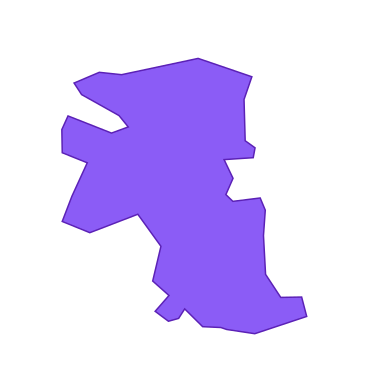 Shakhrixan, Andijon, Uzbekistan (Natural Earth projection), rotated 194°
{"feature_id": "79887680B98657239808063", "entity_name": "Shakhrixan", "entity_type": "district", "adm_level": 2, "iso_a3": "UZB", "parent_name": "Uzbekistan", "parent_adm1": "Andijon", "projection": "natural_earth1", "projection_center": [72.04, 40.728], "detail": "fine", "context": "isolated", "style": "filled", "palette": "violet", "viewbox_px": 384, "rotation_deg": 194, "n_neighbors": 0, "source": "geoboundaries", "source_scale": "gbopen_adm2", "svg_char_len": 684}
<svg xmlns="http://www.w3.org/2000/svg" viewBox="0 0 384 384"><g transform="rotate(194 192 192)"><path d="M218.4,323.1L288.7,288.8L310.9,285.7L332.8,269.2L322.7,259.8L281.3,248.5L269.6,239.7L284.4,229.7L330.7,235.8L333.4,221.1L327.4,198.7L300.7,195.0L307.5,158.8L310.8,132.0L281.3,127.8L239.2,157.3L209.0,131.8L208.6,96.1L189.3,86.0L198.9,67.3L183.6,60.9L174.4,66.1L170.8,76.8L149.1,63.9L131.2,67.5L125.1,67.0L96.8,69.7L50.6,99.0L60.2,116.6L80.4,111.2L100.7,129.9L112.1,167.0L116.5,192.1L124.4,202.7L150.1,192.8L158.5,197.7L155.5,215.2L168.7,231.2L140.9,240.1L141.5,250.1L152.8,254.6L163.9,294.4L161.8,318.3L218.4,323.1Z" fill="#8b5cf6" stroke="#5b21b6" stroke-width="1.5"/></g></svg>